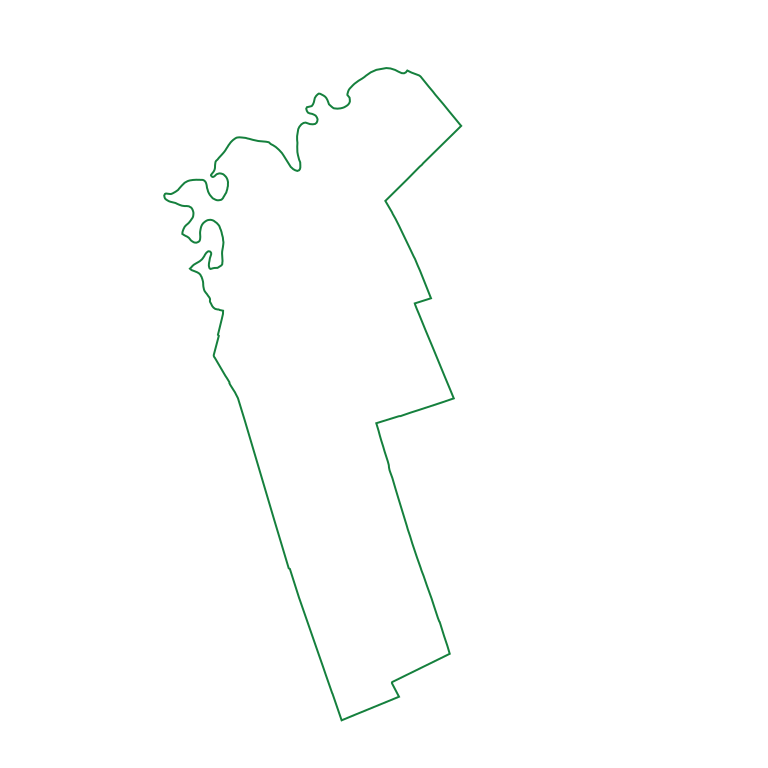 the district of Marculesti, Ialomita, Romania, rotated 336°
{"feature_id": "2599482B62115635478960", "entity_name": "Marculesti", "entity_type": "district", "adm_level": 2, "iso_a3": "ROU", "parent_name": "Romania", "parent_adm1": "Ialomita", "projection": "equal_earth", "projection_center": [27.519, 44.55], "detail": "fine", "context": "isolated", "style": "outline", "palette": "green", "viewbox_px": 768, "rotation_deg": 336, "n_neighbors": 0, "source": "geoboundaries", "source_scale": "gbopen_adm2", "svg_char_len": 6125}
<svg xmlns="http://www.w3.org/2000/svg" viewBox="0 0 768 768"><g transform="rotate(336 384 384)"><path d="M461.8,324.8L463.0,295.0L463.0,289.5L463.2,282.2L463.0,279.6L462.8,270.7L462.3,253.7L462.1,245.9L461.7,237.7L461.1,231.7L461.2,230.7L459.7,217.3L488.4,206.5L505.2,199.9L507.7,199.2L509.5,198.3L559.5,179.6L558.8,177.3L557.5,172.5L554.3,161.0L553.7,158.7L552.0,152.4L548.5,140.4L547.7,137.0L545.8,130.4L542.5,118.0L541.6,116.4L540.3,115.1L535.8,110.7L532.8,107.1L530.7,108.2L528.7,108.3L526.6,107.2L524.2,104.5L521.9,101.6L518.3,98.4L514.6,96.3L504.8,93.9L498.6,93.9L493.0,95.0L490.9,95.6L488.2,96.1L484.1,96.6L479.2,97.7L476.9,98.5L475.0,99.3L472.8,100.2L471.5,101.0L470.3,102.1L468.4,104.4L468.1,105.3L468.4,106.1L469.0,108.4L468.4,110.4L467.7,112.1L466.6,113.2L465.5,113.9L464.6,114.3L463.0,114.7L460.4,115.0L458.6,114.9L456.4,114.5L453.4,113.5L450.4,111.8L449.6,110.7L448.8,109.1L447.5,106.1L447.7,103.7L447.8,101.5L447.6,99.3L447.1,97.6L446.1,95.9L443.8,93.0L442.6,92.2L441.3,92.4L439.2,93.2L437.1,94.6L435.4,96.9L434.4,98.2L432.8,99.7L431.0,100.7L428.7,100.3L426.2,99.8L424.9,100.9L424.6,103.0L424.9,105.1L426.1,106.5L428.2,108.0L429.6,109.5L430.7,111.0L431.1,113.1L431.0,115.1L430.0,116.7L428.7,117.9L426.8,118.4L424.6,117.8L422.0,116.4L418.7,113.3L416.7,112.8L414.1,113.2L411.3,114.6L409.3,116.3L408.2,118.0L405.4,122.3L403.9,125.7L403.0,128.5L401.3,131.8L399.2,136.9L398.5,139.8L397.7,144.5L397.6,147.4L396.5,150.2L395.6,152.2L394.7,153.4L393.4,154.2L391.5,154.1L389.8,152.6L388.4,150.7L387.6,148.8L387.1,147.8L385.2,134.4L384.7,131.5L383.4,127.6L382.7,126.0L381.5,123.4L379.8,120.8L378.2,118.8L377.1,116.3L374.8,114.7L368.0,110.9L363.5,107.6L360.6,105.2L359.2,104.2L357.8,103.0L356.3,102.1L353.5,100.5L352.1,99.8L350.7,99.3L349.4,99.0L347.6,99.2L346.3,99.5L345.0,99.8L343.7,100.3L342.4,100.8L341.3,101.4L340.3,102.0L339.0,102.7L337.9,103.5L335.7,104.9L334.0,106.1L332.0,107.2L329.4,108.4L325.2,110.2L323.1,111.3L321.8,111.7L321.0,112.1L320.4,112.6L319.5,114.0L318.6,115.5L317.9,117.0L317.3,118.1L316.3,119.4L314.7,120.7L311.8,122.2L311.1,122.6L310.8,123.0L311.0,124.3L311.6,125.1L312.5,125.4L313.8,125.2L315.7,124.5L316.7,124.3L317.7,124.4L319.2,124.6L320.5,125.3L321.4,126.0L322.5,127.1L323.0,128.1L323.8,130.2L324.0,131.1L324.1,132.1L324.1,133.5L323.9,134.7L323.6,136.2L323.0,137.3L321.9,139.7L321.0,140.8L320.1,142.2L318.6,143.9L317.7,145.0L316.6,145.7L315.5,146.5L314.4,147.3L313.6,147.8L312.8,148.5L311.9,149.0L311.3,149.2L310.5,149.5L309.2,149.3L307.7,148.9L306.2,148.2L305.0,147.1L304.2,146.1L303.1,144.7L302.4,142.5L301.8,140.3L301.6,138.0L301.6,136.5L301.9,134.8L302.1,132.8L302.8,130.4L303.1,128.7L303.2,127.4L303.0,126.2L302.3,124.7L301.5,123.9L300.6,123.4L298.2,122.3L295.9,121.2L294.1,120.5L292.5,119.9L291.0,119.5L289.6,119.1L288.3,118.9L287.0,118.8L285.7,118.9L283.6,119.1L282.4,119.6L281.0,120.1L279.3,120.8L276.0,122.3L275.0,122.9L273.2,123.3L271.6,123.6L268.3,123.9L266.6,123.8L265.1,123.0L262.3,121.3L261.2,121.3L259.9,122.4L259.5,124.0L259.4,125.5L260.1,127.1L261.3,128.8L262.0,129.7L263.2,130.8L267.1,133.8L268.6,135.6L270.2,137.3L271.9,138.9L274.3,140.4L276.0,141.1L278.0,142.3L278.9,143.5L279.6,144.4L279.9,145.6L280.0,146.8L279.9,148.2L279.7,149.6L279.2,150.9L278.4,152.3L277.6,153.5L276.4,154.5L275.5,155.0L273.9,156.0L272.6,156.7L271.2,157.4L269.4,158.0L268.2,158.3L266.0,159.2L264.0,160.8L263.1,161.7L262.6,162.2L261.6,163.4L260.8,164.9L261.9,166.6L262.9,167.9L264.1,169.3L265.2,171.1L265.7,172.9L266.0,174.2L266.9,175.8L267.9,177.2L268.9,178.0L270.2,178.6L271.8,178.7L273.2,178.5L274.0,178.0L274.9,176.9L276.0,174.9L277.4,171.2L278.1,169.9L279.1,168.4L280.1,167.0L281.0,165.9L282.3,164.7L283.4,164.0L284.6,163.4L285.7,163.1L286.9,162.8L288.3,162.6L289.5,162.6L290.8,162.9L292.2,163.4L293.3,164.1L294.3,165.0L294.9,165.7L295.6,167.0L296.7,168.9L297.3,170.7L297.6,171.7L297.8,172.9L297.6,175.4L297.6,177.1L297.3,179.5L296.9,181.2L296.4,184.5L295.4,187.6L295.0,189.2L293.9,191.2L292.4,193.6L290.9,195.8L290.0,197.2L289.1,199.0L286.5,206.0L285.6,207.5L285.0,208.7L283.8,209.5L279.2,210.2L277.7,209.6L276.5,209.1L274.9,208.7L273.3,208.5L272.3,208.3L271.7,207.4L271.8,206.1L272.1,204.7L273.0,202.9L273.7,201.8L274.6,200.6L275.3,199.5L276.1,198.3L277.0,197.3L278.8,195.3L279.2,194.5L279.4,193.9L279.3,193.2L279.1,192.4L278.7,192.1L278.0,191.5L277.3,191.3L276.4,191.5L275.3,191.8L274.5,192.2L273.0,193.1L272.2,193.8L271.0,194.6L270.2,195.1L268.4,196.1L265.6,196.9L264.0,197.1L261.9,197.3L260.2,197.5L258.7,197.7L256.9,198.3L255.9,198.8L253.6,199.7L254.0,200.6L254.6,201.7L257.0,204.1L258.9,206.1L260.0,207.7L260.4,208.7L260.7,209.6L260.7,210.7L260.9,211.8L260.8,212.9L260.7,214.3L260.3,216.8L259.8,218.4L259.2,219.8L258.6,221.6L258.0,224.4L257.9,226.0L258.3,228.0L258.8,229.8L259.1,231.5L259.3,232.5L259.6,233.6L259.7,235.1L259.5,236.0L258.9,237.0L258.6,237.7L258.5,238.4L258.6,239.5L258.7,240.9L258.7,241.8L258.8,243.1L259.3,244.9L260.4,246.8L262.4,248.3L263.3,248.7L263.8,249.3L263.9,249.5L266.8,251.6L265.4,254.5L262.3,258.6L255.1,267.9L252.3,271.5L252.7,272.8L240.4,288.1L240.0,288.8L239.9,289.2L239.9,290.7L240.1,291.1L242.4,311.9L242.9,314.8L243.5,319.6L243.1,320.3L243.2,322.4L244.1,328.6L244.5,331.2L244.5,332.1L244.8,337.6L241.9,361.3L228.4,463.8L225.2,488.8L222.0,513.6L222.8,514.7L219.4,545.2L219.4,545.6L214.3,605.5L213.3,617.6L212.5,626.3L210.9,645.5L211.0,645.8L208.5,674.0L223.7,674.4L270.5,675.8L269.6,661.5L269.6,660.8L269.6,660.4L269.8,660.0L270.3,659.6L334.3,657.2L334.6,655.0L335.4,648.9L336.4,638.5L338.0,625.0L338.0,624.2L338.1,623.8L337.9,623.4L338.1,619.5L339.4,606.8L340.2,599.3L341.2,585.5L342.1,575.6L342.4,569.7L342.7,567.0L343.1,562.1L343.6,555.6L345.0,541.0L345.6,536.3L345.9,534.0L346.6,526.5L347.1,523.1L350.2,497.8L350.7,493.7L351.9,484.3L353.4,473.3L353.8,467.4L354.0,465.1L354.6,462.3L355.4,460.0L356.0,456.2L357.1,445.9L357.8,440.9L358.5,434.6L359.2,429.5L360.0,424.6L361.0,416.7L383.8,419.4L385.0,419.6L385.9,420.0L386.5,420.1L388.0,420.2L397.0,421.0L406.0,422.0L430.5,424.5L441.9,425.5L442.2,415.5L442.5,402.3L443.4,370.7L443.8,352.6L444.4,334.2L444.5,328.6L444.7,324.4L444.9,322.9L461.8,324.8Z" fill="none" stroke="#15803d" stroke-width="2"/></g></svg>